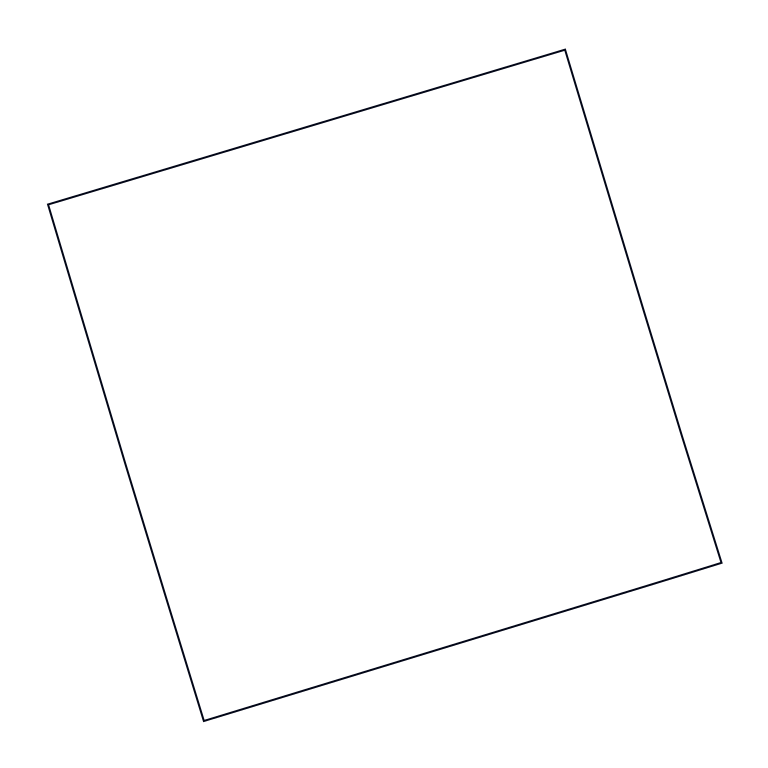 Cerro Gordo, Iowa, United States of America, rotated 73°
{"feature_id": "52423323B72245679426009", "entity_name": "Cerro Gordo", "entity_type": "district", "adm_level": 2, "iso_a3": "USA", "parent_name": "United States of America", "parent_adm1": "Iowa", "projection": "orthographic", "projection_center": [-93.19, 43.082], "detail": "fine", "context": "isolated", "style": "outline", "palette": "ink", "viewbox_px": 768, "rotation_deg": 73, "n_neighbors": 0, "source": "geoboundaries", "source_scale": "gbopen_adm2", "svg_char_len": 285}
<svg xmlns="http://www.w3.org/2000/svg" viewBox="0 0 768 768"><g transform="rotate(73 384 384)"><path d="M653.7,113.5L520.6,114.3L386.0,114.2L117.2,113.1L114.1,652.8L383.8,654.7L519.1,654.9L653.6,654.8L653.9,180.0L653.7,113.5Z" fill="none" stroke="#020617" stroke-width="2"/></g></svg>